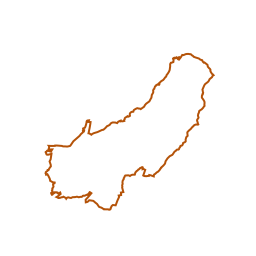 Farau, Alba, Romania, rotated 302°
{"feature_id": "2599482B58805597350523", "entity_name": "Farau", "entity_type": "district", "adm_level": 2, "iso_a3": "ROU", "parent_name": "Romania", "parent_adm1": "Alba", "projection": "equal_earth", "projection_center": [24.029, 46.338], "detail": "fine", "context": "isolated", "style": "outline", "palette": "amber", "viewbox_px": 256, "rotation_deg": 302, "n_neighbors": 0, "source": "geoboundaries", "source_scale": "gbopen_adm2", "svg_char_len": 5807}
<svg xmlns="http://www.w3.org/2000/svg" viewBox="0 0 256 256"><g transform="rotate(302 128 128)"><path d="M218.1,172.6L218.4,171.8L218.4,170.7L219.0,169.3L219.7,168.0L220.3,167.4L220.7,167.3L221.2,166.9L221.6,166.0L221.7,165.1L222.3,163.2L223.7,161.9L224.1,158.0L223.6,157.7L223.7,157.2L223.9,156.3L224.4,155.5L224.8,155.0L224.3,153.1L224.5,151.3L223.5,147.5L223.4,146.4L223.2,146.0L223.5,145.1L223.6,144.4L223.5,143.7L223.8,142.6L223.8,142.0L223.4,141.4L223.0,140.3L222.1,138.8L221.2,137.8L219.2,136.4L218.7,135.3L215.8,135.3L213.0,135.0L212.9,134.2L215.0,134.3L215.2,133.8L214.2,133.1L213.8,132.6L213.4,132.4L213.5,131.6L212.6,131.6L212.2,131.2L212.1,130.9L212.3,130.3L211.8,129.8L211.6,129.8L211.2,129.5L210.7,129.4L210.5,129.5L210.3,130.3L210.0,130.6L208.5,131.1L208.2,131.5L207.9,131.5L206.4,130.3L206.0,129.8L204.5,129.9L202.6,131.1L199.3,132.6L197.4,132.9L195.3,132.9L193.2,132.7L191.8,133.1L190.7,132.7L188.8,132.6L187.4,132.4L185.4,131.4L182.1,130.5L182.2,131.0L182.1,131.3L181.9,131.4L181.2,131.5L180.0,129.6L179.6,129.4L179.3,129.2L178.4,129.3L177.6,128.9L175.8,129.3L175.3,129.5L175.1,129.4L174.8,129.4L174.4,129.2L173.2,129.4L172.0,130.3L171.3,130.6L168.6,130.7L166.1,131.8L165.0,131.8L161.9,132.0L158.2,130.5L156.1,130.2L154.7,130.4L150.8,128.8L150.9,128.3L150.7,127.7L150.3,127.2L149.8,125.5L149.4,125.1L148.1,124.3L146.4,123.5L145.6,123.5L144.7,123.9L144.4,123.7L143.6,122.5L143.2,122.3L141.8,121.9L141.0,122.0L140.0,122.6L139.7,123.0L139.2,123.2L137.9,122.4L137.6,122.0L137.8,121.4L137.6,121.3L137.5,121.5L137.2,121.2L135.3,120.2L134.5,120.1L133.8,120.4L133.6,120.6L132.5,120.5L132.0,121.1L130.8,119.9L130.2,118.7L129.8,118.3L130.4,117.9L129.8,117.4L128.2,116.4L126.4,116.2L125.9,114.3L124.6,112.1L124.0,111.6L122.7,110.9L121.5,110.9L121.0,110.8L119.6,110.1L118.6,109.3L115.9,108.8L113.9,108.2L113.3,107.9L112.7,107.1L108.4,104.3L105.7,101.9L104.0,100.8L102.9,100.5L102.9,98.0L102.6,97.3L107.8,95.4L111.7,93.8L113.2,93.1L112.2,91.3L113.8,90.8L112.8,89.6L112.4,89.4L111.7,89.4L111.0,89.8L109.0,90.5L106.8,91.1L105.5,91.3L103.8,90.2L103.6,90.4L103.0,90.8L103.1,91.5L103.0,92.0L101.8,92.4L101.4,91.5L101.0,91.8L101.0,92.0L100.9,92.1L100.2,92.0L97.9,91.3L95.7,91.1L87.8,88.7L82.8,88.5L82.0,88.3L80.3,86.6L79.8,85.9L79.5,85.2L78.1,82.8L77.8,81.9L77.8,81.5L75.3,76.7L74.4,75.4L74.1,75.5L72.7,73.4L70.9,70.3L70.7,70.8L70.2,71.0L69.4,71.6L67.6,71.9L69.7,75.1L67.7,75.1L67.2,75.3L66.9,74.9L66.7,73.5L66.5,72.9L65.7,71.4L64.6,71.4L64.1,70.9L63.9,70.9L62.7,72.6L62.5,72.8L62.4,73.2L62.9,74.3L65.5,76.8L60.4,79.0L58.1,79.2L55.9,81.9L54.6,82.9L54.3,82.9L53.2,82.7L51.5,82.7L50.3,82.9L50.2,82.9L49.8,82.1L49.1,82.4L48.8,82.4L47.8,81.9L47.1,81.7L46.7,82.0L46.0,82.0L45.8,82.4L45.0,83.3L45.5,83.6L46.1,84.1L45.5,85.2L45.4,85.5L43.6,88.4L42.4,89.7L42.0,89.9L42.1,92.6L42.1,93.0L42.7,94.2L42.9,94.7L42.2,95.0L42.0,94.9L41.8,94.3L41.7,94.1L40.5,94.3L39.4,95.2L39.1,95.7L38.7,95.9L37.4,96.0L36.7,95.8L36.0,96.4L35.3,96.5L35.1,96.7L34.6,96.7L34.3,97.1L34.2,97.7L33.7,98.0L33.1,97.9L32.3,97.3L31.8,97.7L31.7,97.7L31.4,98.3L31.6,98.7L31.2,99.0L31.4,99.2L33.2,99.4L33.6,99.9L34.0,100.0L34.4,99.8L34.9,100.1L35.1,101.0L35.8,101.7L35.8,102.2L35.5,102.5L35.4,103.6L35.8,104.3L36.6,104.1L36.7,104.3L36.7,104.5L37.3,104.7L37.0,105.1L36.9,105.4L36.7,105.5L36.4,105.6L36.2,105.8L35.3,105.4L33.6,105.0L31.6,104.0L31.8,105.3L31.7,106.0L32.1,106.6L32.7,107.3L34.2,108.5L34.3,108.8L35.0,109.4L35.5,109.6L35.7,112.2L35.6,112.6L35.3,113.1L36.5,113.2L37.5,114.0L38.1,115.9L38.5,116.8L40.0,117.7L40.4,118.4L40.9,118.9L41.1,119.5L42.7,121.1L43.2,123.0L44.4,124.1L44.8,124.9L45.7,125.6L46.4,125.6L46.9,125.9L47.5,127.0L48.4,127.7L49.1,128.1L49.9,128.7L49.9,129.0L50.6,129.1L50.9,129.4L53.3,129.5L53.4,130.0L53.3,131.5L47.8,130.7L44.7,130.1L42.6,131.6L43.5,132.5L44.6,133.1L46.2,133.4L47.8,137.1L47.8,137.5L47.4,140.0L47.2,142.0L45.9,145.0L45.8,145.6L46.3,147.2L46.3,147.7L46.4,148.2L46.3,150.8L46.7,151.0L47.0,151.8L48.5,154.2L48.6,155.0L49.1,155.8L49.7,156.1L50.4,156.1L50.6,155.8L52.0,155.7L52.8,155.5L53.5,155.6L54.7,156.0L55.9,158.5L60.8,157.5L64.8,157.0L65.8,155.9L67.5,157.7L69.5,156.2L71.2,158.0L74.4,154.6L75.3,154.3L76.0,153.6L76.6,153.3L77.8,153.1L78.5,152.4L79.6,151.8L80.7,151.4L82.2,151.5L83.1,151.0L84.0,151.1L85.2,150.8L86.3,150.9L88.0,153.3L88.3,154.2L88.3,155.1L89.0,155.3L89.7,155.7L90.4,156.2L91.1,157.0L91.6,157.9L92.1,158.5L94.2,157.8L95.5,158.1L96.1,158.1L96.9,158.6L98.4,158.8L98.8,159.2L99.5,159.4L100.5,159.5L100.9,160.0L101.8,160.3L102.4,160.9L102.4,161.4L100.8,162.2L101.5,162.8L101.6,164.8L95.8,166.1L95.9,167.3L96.8,169.0L98.6,171.2L99.4,170.9L99.9,172.3L100.6,175.5L101.7,174.9L102.4,174.8L103.6,175.4L105.6,175.9L106.6,176.5L107.2,176.7L109.3,177.1L110.5,177.0L111.1,177.2L111.8,177.0L112.2,177.3L112.9,177.3L113.4,177.5L114.9,177.9L116.8,178.2L117.6,178.2L119.7,177.5L123.2,177.6L126.2,178.3L128.7,179.8L129.2,179.9L132.6,180.0L134.2,180.7L135.3,180.8L135.9,181.3L136.4,182.2L136.9,182.4L137.3,182.4L138.5,182.1L139.5,182.3L140.4,182.0L140.7,182.0L141.2,182.6L141.9,183.1L142.8,183.2L144.6,182.7L146.1,183.7L146.6,183.9L147.2,184.0L147.6,183.8L148.7,183.0L151.0,182.3L151.8,182.4L152.3,182.6L153.0,182.7L155.4,180.8L156.1,180.6L158.1,181.0L160.7,181.8L162.0,181.9L163.6,182.2L164.0,182.5L164.7,182.5L165.6,182.7L166.9,183.7L168.0,185.6L168.3,185.7L168.8,184.9L169.6,184.2L170.8,182.7L171.6,182.3L172.3,182.3L173.5,182.4L174.2,182.3L175.5,180.8L177.2,180.1L178.5,180.0L180.1,179.4L181.5,179.9L182.9,180.6L185.0,181.0L186.5,181.0L187.3,181.2L188.3,180.4L189.9,179.6L191.0,178.7L192.0,176.8L192.7,175.0L193.0,174.5L193.4,174.2L195.0,173.4L195.8,173.6L196.4,173.2L196.7,173.4L197.8,173.0L198.2,172.4L198.9,171.9L200.0,170.8L204.5,170.1L205.6,170.1L206.3,170.2L208.7,171.1L210.0,171.5L211.2,171.5L212.7,171.3L215.6,172.3L217.2,172.1L218.1,172.6Z" fill="none" stroke="#b45309" stroke-width="2"/></g></svg>